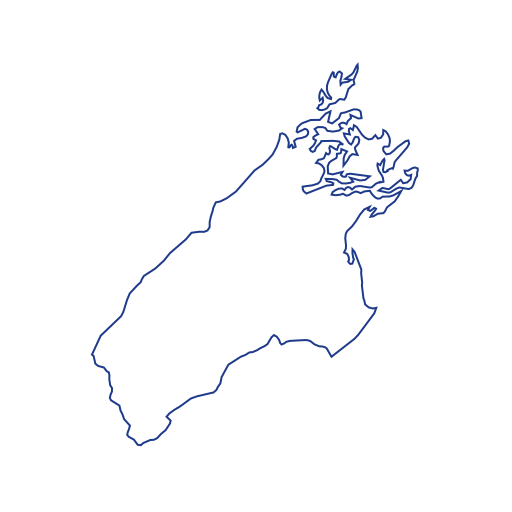 an SVG outline of Marlborough District, rotated 9°
{"feature_id": "NZL-3401", "entity_name": "Marlborough District", "entity_type": "Unitary Authority", "adm_level": 1, "iso_a3": "NZL", "parent_name": "New Zealand", "parent_adm1": "", "projection": "orthographic", "projection_center": [173.864, -41.59], "detail": "fine", "context": "isolated", "style": "outline", "palette": "blue", "viewbox_px": 512, "rotation_deg": 9, "n_neighbors": 0, "source": "natural_earth", "source_scale": "10m", "svg_char_len": 6106}
<svg xmlns="http://www.w3.org/2000/svg" viewBox="0 0 512 512"><g transform="rotate(9 256 256)"><path d="M260.8,131.7L263.0,130.7L266.1,131.8L268.9,134.9L270.7,139.0L270.9,143.5L272.1,143.5L273.0,141.2L273.8,140.5L274.7,141.2L275.6,143.5L278.1,141.9L275.6,136.4L278.1,133.8L282.8,132.2L286.9,129.9L288.3,127.4L288.1,125.0L286.7,123.3L284.5,122.7L277.8,127.4L276.7,126.8L276.9,122.4L279.7,118.7L281.2,117.4L288.8,113.1L297.7,111.6L302.5,104.5L306.9,101.5L306.2,112.2L310.4,113.2L316.4,106.8L317.5,101.9L318.5,101.3L321.1,100.5L329.7,95.8L333.2,95.5L335.3,96.0L336.8,97.2L338.7,103.3L335.6,104.2L327.2,101.9L328.3,105.0L325.6,108.3L324.8,111.6L322.8,110.8L320.9,110.7L319.2,111.5L317.5,113.2L319.5,116.1L321.1,116.4L318.2,119.2L312.5,121.1L306.9,121.2L304.4,118.7L301.8,118.3L296.7,119.1L294.1,121.4L298.4,126.0L295.9,127.7L294.1,129.5L294.2,131.2L297.2,132.4L296.6,135.3L295.4,138.0L292.3,141.9L293.8,143.7L295.8,144.3L297.6,143.0L298.4,139.4L302.4,133.4L302.5,132.3L314.1,130.2L320.2,129.9L324.8,132.4L322.8,132.1L321.3,132.5L320.3,133.9L319.4,138.4L318.0,138.2L313.0,136.0L311.9,135.9L311.5,137.8L312.8,141.1L312.5,143.3L311.8,144.3L310.6,144.3L309.1,143.4L307.8,148.8L305.4,150.3L302.6,151.2L300.8,154.7L303.5,154.7L306.7,156.1L309.3,158.5L310.4,161.7L310.0,164.1L308.3,169.3L307.9,172.1L305.8,174.8L300.8,177.3L291.2,180.2L291.8,182.8L293.0,184.6L296.0,186.4L314.5,175.5L321.0,173.7L321.0,172.1L318.5,171.3L314.2,171.0L312.8,168.9L320.1,168.0L323.8,168.1L326.5,169.7L329.3,170.8L333.5,170.3L337.7,168.9L340.4,167.4L336.7,164.0L347.0,165.1L352.0,163.7L355.9,159.5L336.2,160.0L333.2,160.9L332.7,161.6L332.3,163.6L330.7,164.0L328.8,163.8L327.1,162.6L328.3,159.4L318.9,163.4L314.3,163.2L312.8,156.1L313.7,152.4L315.5,150.3L320.0,146.7L320.3,145.3L319.9,142.4L322.7,141.6L323.6,140.9L323.8,139.5L323.6,137.1L329.6,138.5L327.8,142.2L327.3,145.8L328.3,153.0L331.4,147.3L332.9,142.9L335.2,140.3L340.5,140.3L337.5,135.7L336.7,133.5L339.7,128.8L339.9,125.3L338.4,122.7L335.5,122.7L334.4,125.0L333.7,128.6L332.5,131.0L330.2,129.9L324.9,124.0L323.6,121.2L329.7,121.3L328.2,118.3L328.0,115.9L329.2,115.0L332.0,116.4L332.3,111.5L335.3,112.8L341.6,119.5L345.3,122.1L349.0,123.2L352.3,122.1L355.0,118.0L358.0,121.0L360.9,119.7L362.6,116.0L362.0,111.7L364.6,112.6L367.4,115.3L369.6,118.8L370.4,122.1L370.2,126.5L369.3,127.3L365.6,127.9L364.8,128.9L364.8,130.4L365.6,132.5L368.8,135.2L372.2,134.0L375.1,131.0L378.8,126.2L385.9,119.1L388.4,118.1L389.7,121.1L388.3,125.1L379.3,139.6L378.2,141.8L378.0,146.3L377.5,148.3L376.9,147.8L374.4,149.2L372.3,150.9L372.7,151.5L370.4,153.1L368.7,153.0L367.9,150.7L368.0,141.2L367.4,140.1L366.2,141.8L364.4,146.8L361.7,145.7L361.7,147.6L363.0,150.7L364.3,153.0L368.0,157.1L369.2,159.1L370.3,162.7L366.7,164.1L366.6,163.6L363.1,165.8L359.5,170.1L357.1,170.6L347.9,170.6L343.2,172.0L340.4,175.3L338.3,173.8L336.2,173.5L334.4,174.5L333.1,176.9L330.4,175.8L327.2,176.6L324.1,178.6L321.7,180.9L321.1,183.6L325.2,183.5L330.1,182.1L332.0,180.9L335.8,182.2L338.4,181.2L340.8,179.0L343.9,176.9L345.9,176.7L349.6,177.5L353.1,175.2L358.3,173.8L360.1,176.0L362.5,178.1L365.0,179.7L367.2,180.3L369.4,179.8L371.9,177.5L378.4,176.4L382.1,174.7L389.3,169.1L387.1,174.9L384.4,180.4L377.8,187.4L376.3,191.9L375.2,193.7L369.7,195.2L365.6,198.5L363.0,199.3L363.8,197.0L366.8,191.9L367.2,190.5L365.4,189.9L361.8,193.6L359.4,193.0L360.6,189.6L355.6,193.1L352.2,198.9L349.5,205.5L346.2,211.8L342.0,217.3L341.2,220.2L341.4,224.6L343.3,231.6L343.6,235.0L342.4,238.8L345.7,239.6L347.7,242.4L348.5,245.5L347.9,246.9L348.6,247.8L350.4,249.1L352.4,248.4L353.2,243.8L352.3,242.7L350.8,238.0L350.3,234.4L352.7,236.5L362.2,253.0L362.5,256.3L365.1,266.0L365.2,268.5L368.8,281.2L369.8,282.7L371.4,286.8L375.3,289.1L379.6,289.6L382.9,288.4L381.8,294.1L369.4,317.7L366.4,322.2L346.3,343.7L340.3,336.2L338.4,335.3L335.9,335.0L332.6,335.3L327.6,334.1L323.1,331.6L320.3,331.1L317.3,331.4L302.9,334.5L299.4,336.0L297.3,338.1L295.1,339.4L293.5,338.2L291.9,335.2L289.2,332.5L286.1,331.3L284.0,333.9L281.1,341.3L278.4,343.8L274.9,346.2L271.9,348.8L267.8,351.4L264.5,352.3L261.1,355.3L256.7,357.9L245.7,367.7L241.0,380.9L240.7,387.5L238.9,391.1L237.8,394.6L235.4,397.4L219.5,403.9L213.9,407.0L204.7,416.3L199.2,420.9L194.9,425.3L192.8,428.7L197.4,431.9L197.3,434.8L194.0,442.1L189.9,446.8L186.8,451.5L183.7,453.6L180.5,454.2L174.0,458.3L171.8,460.9L168.6,460.9L164.2,456.5L158.7,454.5L156.8,452.9L156.9,450.1L157.7,446.5L158.0,443.2L151.3,437.8L148.7,433.0L146.4,429.9L144.5,425.1L135.3,421.2L133.8,418.8L134.1,415.4L134.9,412.5L134.5,409.1L132.2,406.4L130.4,400.7L129.9,396.9L128.8,393.9L126.6,393.2L123.2,389.9L117.3,389.3L114.2,387.5L111.2,380.1L109.4,379.1L115.1,359.0L132.2,336.5L133.7,332.0L135.5,319.6L137.2,312.6L143.3,303.6L146.2,300.0L146.9,296.9L148.4,293.2L158.4,284.2L165.7,275.1L170.5,266.7L184.1,250.6L188.7,243.1L196.6,240.8L200.8,240.3L204.1,238.4L205.7,234.8L204.9,229.6L205.3,223.5L206.1,218.5L206.3,215.1L207.9,209.3L212.4,207.6L218.1,203.5L226.1,195.5L241.2,171.7L248.4,164.7L253.7,157.6L256.5,153.2L259.4,145.1L260.8,137.6L260.8,131.7ZM294.7,97.2L296.8,96.0L297.9,94.2L298.0,91.9L297.1,89.3L294.7,92.4L293.7,89.8L293.4,86.8L293.7,84.0L294.7,81.4L297.4,83.9L299.5,86.6L301.9,88.7L305.5,89.3L305.5,87.8L303.3,86.0L301.4,83.6L300.0,80.5L299.5,76.7L299.9,73.3L302.2,64.5L303.1,62.5L304.1,62.8L304.8,66.6L306.7,67.1L307.4,63.9L308.3,61.7L309.8,60.7L312.3,62.2L312.4,65.6L311.9,69.8L312.8,73.5L314.1,71.3L319.7,69.5L322.4,67.1L316.4,67.1L322.0,61.8L323.6,59.2L325.6,52.5L326.4,51.1L327.2,54.5L327.2,57.9L324.8,67.1L325.9,69.5L326.2,71.0L324.4,72.3L321.1,76.7L319.9,85.1L318.8,87.8L314.6,87.8L313.5,88.4L310.4,92.4L304.9,94.7L303.1,98.9L300.9,100.5L298.4,101.6L295.8,101.8L293.5,100.5L294.2,99.7L294.7,97.2ZM399.1,143.7L402.0,144.2L402.4,145.9L402.1,148.5L402.6,151.6L401.3,154.7L400.2,161.6L399.0,164.3L396.4,166.0L386.9,165.9L384.5,167.2L378.5,172.3L375.7,172.8L366.9,172.2L370.2,169.0L376.3,169.3L377.9,168.3L387.0,158.1L390.0,161.1L393.8,159.7L396.7,155.9L396.6,151.6L394.4,152.8L392.3,152.5L390.5,151.0L389.4,148.4L392.6,148.1L396.8,144.7L399.1,143.7Z" fill="none" stroke="#1e3a8a" stroke-width="2"/></g></svg>